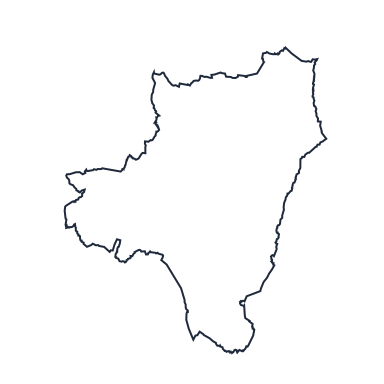 the district of Wapi Pathum, Maha Sarakham, Thailand, rotated 7°
{"feature_id": "78962969B74809477200097", "entity_name": "Wapi Pathum", "entity_type": "district", "adm_level": 2, "iso_a3": "THA", "parent_name": "Thailand", "parent_adm1": "Maha Sarakham", "projection": "equal_earth", "projection_center": [103.345, 15.863], "detail": "fine", "context": "isolated", "style": "outline", "palette": "slate", "viewbox_px": 384, "rotation_deg": 7, "n_neighbors": 0, "source": "geoboundaries", "source_scale": "gbopen_adm2", "svg_char_len": 5959}
<svg xmlns="http://www.w3.org/2000/svg" viewBox="0 0 384 384"><g transform="rotate(7 192 192)"><path d="M65.2,190.9L66.0,192.8L68.2,194.5L68.9,196.0L69.1,198.0L70.1,199.0L73.2,199.8L74.6,201.5L76.8,203.2L77.1,204.5L79.2,205.0L79.4,205.7L80.8,206.1L82.5,203.9L85.2,202.7L84.8,205.3L83.1,207.0L83.5,209.3L82.4,210.6L81.1,210.9L80.1,212.0L80.0,213.3L77.8,214.1L77.5,215.8L76.8,215.5L76.2,216.2L75.8,215.6L74.5,216.1L68.4,221.2L67.9,222.1L67.9,226.1L69.8,233.9L70.7,234.5L70.5,239.8L70.8,240.7L71.4,240.3L71.5,243.0L72.6,242.5L72.8,241.6L74.3,242.4L75.2,241.6L76.2,241.7L77.6,241.1L78.9,239.4L78.9,238.7L79.8,238.1L80.3,240.5L81.1,241.7L81.3,244.3L82.1,245.2L82.9,245.3L83.2,247.2L84.3,247.9L84.4,248.6L84.7,248.4L85.0,249.2L86.1,249.4L86.9,253.0L87.5,253.8L88.4,253.7L88.6,254.9L90.6,255.4L90.7,256.7L94.4,259.2L98.5,256.9L99.8,255.4L103.1,256.6L105.4,256.1L106.4,256.9L111.5,257.2L117.6,261.5L118.5,259.8L120.5,259.7L121.5,253.6L123.3,248.1L126.7,248.6L126.6,252.2L125.9,255.4L125.3,255.6L124.8,257.3L125.0,260.4L124.6,260.4L124.6,261.4L123.8,262.7L123.8,265.8L124.7,265.9L124.8,266.7L127.0,267.1L128.5,269.5L130.6,269.7L131.7,269.1L133.3,269.3L133.9,270.1L134.7,269.7L135.3,268.8L135.4,267.5L136.5,266.9L136.6,266.2L138.9,265.1L139.2,264.4L138.8,263.0L140.6,262.9L141.4,260.7L142.6,259.4L142.4,258.6L146.1,256.1L147.2,255.8L148.1,256.2L148.9,257.3L152.4,256.6L154.0,259.6L155.8,259.3L156.2,257.6L157.1,257.2L157.7,256.1L158.5,256.8L162.9,256.8L163.8,257.3L165.3,256.5L166.1,257.3L170.4,257.9L171.1,258.8L170.7,261.1L169.8,263.3L175.7,267.1L192.9,288.9L197.8,300.1L198.1,302.4L199.4,304.3L199.8,307.3L200.4,308.8L202.3,310.2L202.5,311.7L201.6,311.9L201.4,313.7L201.9,319.5L205.5,328.2L211.3,338.4L212.9,334.1L214.8,333.5L216.6,329.7L220.6,331.8L221.1,332.5L227.3,335.0L231.1,337.6L234.1,338.8L234.2,339.6L235.9,341.5L237.6,341.3L238.3,341.7L238.6,341.1L239.0,341.9L241.2,342.4L241.7,343.9L243.9,345.8L244.7,345.5L245.7,346.4L247.8,345.4L248.1,345.9L249.3,345.7L249.4,346.3L249.8,346.0L250.0,346.6L251.5,346.1L251.6,346.7L252.6,345.8L253.4,343.8L254.1,343.3L255.6,343.6L255.7,344.5L256.5,345.8L258.3,343.0L261.2,343.9L261.5,343.1L262.4,342.7L262.6,343.1L264.1,340.9L264.8,338.5L265.9,338.7L266.5,337.8L270.2,327.1L270.6,321.2L269.8,320.9L269.8,320.2L268.8,320.1L268.8,318.7L268.0,318.4L268.3,315.6L264.6,313.5L264.9,312.9L260.3,310.7L259.5,308.4L257.6,298.3L257.3,298.8L254.2,298.1L253.3,296.8L253.4,295.8L253.0,295.3L253.8,294.3L254.4,294.6L254.4,294.1L257.1,293.7L257.5,294.0L259.0,288.8L271.9,282.0L272.2,279.3L274.1,272.5L276.9,268.0L278.5,263.5L280.9,259.0L282.6,254.7L281.5,254.2L281.6,252.7L280.7,252.8L279.3,251.4L279.9,251.0L279.5,250.3L279.8,249.6L278.8,248.7L278.9,247.9L278.2,246.4L279.2,245.1L279.9,244.8L281.1,245.7L282.9,239.0L282.9,237.7L282.3,236.3L282.9,233.1L281.8,232.9L281.0,231.9L281.8,230.7L281.9,228.5L282.8,228.1L283.6,226.4L283.2,225.6L283.5,223.7L283.3,223.0L281.9,222.5L281.9,221.8L281.1,221.8L280.5,220.4L280.5,218.4L281.1,217.1L280.7,216.1L281.6,214.4L282.5,214.3L283.2,213.0L283.2,208.5L284.7,206.7L284.4,204.3L285.4,198.3L284.8,196.1L284.8,191.3L285.7,188.3L285.8,185.7L286.8,184.3L287.0,181.9L287.8,182.0L289.9,178.9L290.7,178.7L291.1,175.9L290.7,175.7L291.1,173.0L291.0,172.3L291.6,170.4L292.5,170.2L293.2,168.1L293.0,167.1L293.6,166.4L293.0,164.9L293.4,164.1L293.6,161.9L295.9,160.0L295.5,158.0L296.6,155.0L295.6,146.1L296.9,144.9L297.1,143.7L299.2,143.5L299.9,141.1L302.2,138.9L303.5,138.8L309.3,132.0L310.2,131.9L310.8,129.7L312.8,129.4L313.4,127.1L315.3,126.1L318.8,122.8L313.7,117.6L313.2,116.2L313.4,115.9L311.1,110.6L311.2,106.5L308.3,106.6L308.1,103.7L306.2,101.2L306.0,99.1L304.8,96.6L305.3,95.1L305.1,93.9L304.5,93.3L304.0,92.1L302.7,91.7L301.9,89.0L302.3,86.3L301.3,84.5L301.2,83.3L300.1,82.8L299.9,82.2L300.5,80.0L299.9,78.6L300.3,77.0L299.7,76.7L299.9,75.4L299.5,75.4L299.4,74.0L300.0,70.4L298.9,70.0L298.9,68.3L299.5,67.2L299.2,66.7L299.5,66.1L299.2,65.8L299.4,64.7L299.1,64.4L299.4,62.9L299.0,62.3L299.3,61.8L299.1,59.6L297.5,56.6L297.9,53.3L297.7,51.6L298.7,49.9L297.9,48.4L299.7,46.2L300.1,44.8L297.9,45.6L295.6,45.6L294.4,48.3L293.9,48.4L291.3,47.9L289.6,48.7L284.8,48.5L274.1,42.4L267.2,37.3L267.0,38.2L266.1,38.0L265.1,40.8L264.0,40.4L262.1,42.1L261.7,44.1L260.3,44.0L260.3,44.9L259.6,44.6L258.5,45.1L257.3,44.4L257.2,45.0L255.9,45.4L251.9,45.1L249.3,43.9L248.6,44.8L245.6,45.8L245.3,51.0L246.1,51.1L247.2,54.5L247.5,54.5L242.1,66.5L232.6,69.9L232.6,70.9L231.8,71.3L231.3,71.3L231.3,70.4L223.5,70.4L223.5,72.0L221.2,73.6L218.3,73.8L216.5,73.1L211.8,73.4L210.3,70.4L207.2,70.4L205.9,69.9L199.7,72.8L197.0,73.4L198.0,76.2L196.6,76.5L192.0,75.8L190.5,76.3L187.6,75.5L186.2,75.7L186.1,78.3L185.4,80.1L184.4,80.9L182.7,80.8L180.1,81.5L179.1,83.2L178.0,84.1L176.9,86.6L174.8,85.7L174.6,86.3L166.6,85.8L166.2,89.2L162.8,88.0L160.6,88.7L159.3,88.3L155.1,84.7L153.7,82.5L151.0,79.9L149.8,77.6L148.8,77.0L147.8,77.3L146.5,78.9L145.2,79.6L139.9,79.0L139.6,77.8L138.8,80.3L138.8,83.5L142.1,88.3L141.1,95.0L141.2,97.6L140.2,100.3L140.5,105.4L141.8,108.8L143.7,110.7L143.7,113.2L144.3,113.3L145.3,115.4L146.6,116.2L146.2,117.7L150.1,120.2L148.9,120.7L148.0,122.5L147.5,122.5L147.9,123.4L147.9,124.7L147.1,126.5L147.5,126.2L147.9,127.1L147.7,127.5L148.0,127.6L147.3,128.7L149.2,130.7L149.6,130.2L150.2,132.0L150.6,131.8L151.8,134.3L150.6,136.1L149.3,136.4L149.5,136.9L148.9,138.8L149.0,140.4L148.0,141.7L146.6,145.0L145.7,145.7L144.6,145.5L142.7,147.4L139.2,147.5L139.4,149.9L140.4,151.3L140.2,153.1L141.0,159.2L138.2,159.2L137.3,160.2L134.9,165.3L132.4,166.8L131.1,166.0L129.0,165.8L128.7,164.9L127.7,164.9L127.3,163.9L125.7,163.0L125.3,164.4L124.4,164.8L123.5,168.5L123.2,168.3L122.7,173.5L122.3,173.8L122.1,176.0L121.1,177.2L121.3,177.9L120.1,177.8L119.9,178.8L118.7,180.4L100.0,179.4L99.1,180.3L95.6,180.7L94.3,181.7L92.0,181.3L91.0,182.4L86.0,183.9L84.9,183.9L84.3,182.7L83.1,184.7L83.8,186.1L81.4,187.7L78.1,186.0L74.2,186.6L68.7,189.1L65.7,189.7L65.2,190.9Z" fill="none" stroke="#1e293b" stroke-width="2"/></g></svg>